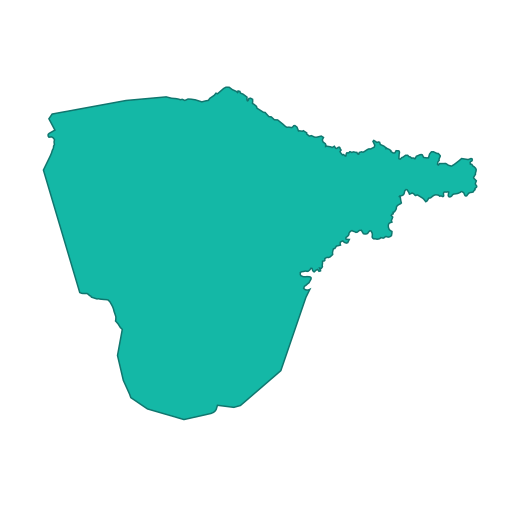 the district of San Lorenzo Texmelúcan, Oaxaca, Mexico, rotated 183°
{"feature_id": "50627088B55125244226498", "entity_name": "San Lorenzo Texmelúcan", "entity_type": "district", "adm_level": 2, "iso_a3": "MEX", "parent_name": "Mexico", "parent_adm1": "Oaxaca", "projection": "albers", "projection_center": [-97.233, 16.535], "detail": "fine", "context": "isolated", "style": "filled", "palette": "teal", "viewbox_px": 512, "rotation_deg": 183, "n_neighbors": 0, "source": "geoboundaries", "source_scale": "gbopen_adm2", "svg_char_len": 6048}
<svg xmlns="http://www.w3.org/2000/svg" viewBox="0 0 512 512"><g transform="rotate(183 256 256)"><path d="M45.4,358.9L46.7,358.9L47.1,360.6L46.6,361.5L45.5,362.1L45.0,363.2L45.4,364.4L46.4,364.6L49.2,363.4L55.8,364.1L58.3,361.7L61.3,359.1L63.1,357.6L64.5,356.7L64.8,356.4L65.8,355.9L66.7,356.3L67.9,356.5L69.2,357.0L70.2,357.7L71.4,358.3L77.6,357.9L78.1,356.9L78.7,356.4L79.5,356.9L79.5,358.0L79.3,359.5L78.1,361.1L78.3,362.3L77.7,364.1L77.3,364.9L77.3,365.8L79.1,367.7L79.6,368.0L80.4,367.8L84.3,369.4L86.3,369.2L88.0,366.9L88.9,363.1L90.6,362.9L93.8,363.2L95.2,365.7L96.4,366.0L98.1,365.5L99.1,364.9L101.1,364.0L102.2,361.5L102.6,361.4L103.0,361.6L103.3,362.0L104.5,362.1L105.6,361.8L106.3,362.4L107.1,363.0L108.4,363.2L109.8,364.5L111.9,364.4L114.5,362.3L115.4,362.0L117.1,360.2L118.4,360.7L118.4,365.5L118.1,366.5L118.3,367.7L118.9,368.5L121.6,368.5L122.6,366.4L123.7,366.0L124.7,366.2L126.9,367.5L126.8,368.3L128.4,369.3L130.8,370.3L131.8,370.0L131.8,371.0L132.6,371.3L133.3,372.0L134.9,372.8L137.1,373.6L137.8,374.1L138.5,376.0L139.7,376.3L140.3,376.0L141.6,375.8L142.5,376.6L143.2,376.9L144.4,377.6L145.2,376.6L143.2,372.9L143.6,370.9L147.1,368.9L148.0,368.9L149.1,368.8L150.4,368.1L153.4,365.9L154.6,365.2L155.2,365.3L155.8,365.6L158.3,364.8L158.7,363.1L159.3,363.0L160.3,364.0L160.8,364.8L161.4,364.6L164.0,365.1L165.2,364.7L165.7,364.4L167.5,365.1L167.9,365.0L168.6,364.0L169.3,363.8L170.7,363.8L171.3,362.6L171.4,361.1L171.6,360.5L172.1,360.5L173.9,361.9L175.0,361.5L176.9,363.5L177.6,364.7L176.6,366.2L177.1,367.0L177.7,367.6L177.8,368.4L178.3,369.0L179.4,368.9L180.6,367.9L181.6,367.6L182.2,367.9L183.5,369.7L185.7,368.3L187.0,368.9L191.3,369.4L192.2,369.0L192.2,369.8L192.0,370.4L192.6,371.7L195.0,373.4L195.6,374.6L195.7,375.9L194.8,377.9L197.1,379.2L201.6,377.8L203.5,377.7L207.0,379.1L209.0,378.5L211.8,380.5L211.8,381.6L215.3,383.6L216.2,383.0L219.3,383.3L220.1,383.1L221.1,385.2L221.8,386.8L224.0,388.3L225.1,388.1L225.9,387.0L227.0,386.1L229.9,386.4L232.0,386.1L233.9,387.3L235.8,388.9L241.5,393.0L244.8,393.0L248.0,395.7L250.5,395.9L254.4,399.8L256.1,399.9L262.7,403.6L263.4,405.5L265.7,407.2L267.5,408.2L267.4,410.4L267.6,412.3L269.7,413.3L271.3,412.9L272.0,410.8L272.7,410.5L273.2,411.4L273.3,414.2L277.3,416.9L280.1,417.9L280.7,419.5L282.5,419.9L282.7,418.4L283.0,418.2L284.0,419.2L288.5,421.0L291.6,423.1L294.8,423.0L297.1,421.6L302.9,416.0L304.5,416.5L306.1,414.3L310.4,411.0L311.7,408.9L314.3,408.3L318.2,407.1L324.8,408.8L329.0,409.2L332.1,409.2L335.2,407.6L337.8,408.6L339.8,408.1L341.4,408.6L344.4,409.0L348.5,409.1L354.0,410.2L393.9,404.5L467.0,387.1L470.0,382.2L463.4,371.2L468.9,367.7L469.9,366.6L469.9,365.0L469.0,363.8L467.7,364.0L466.5,364.3L464.6,363.3L463.3,361.6L463.6,359.7L463.5,358.4L463.1,356.9L463.9,355.1L463.9,353.8L464.2,352.4L464.8,351.2L465.2,349.8L465.5,348.4L466.7,345.1L472.8,330.7L430.1,210.3L428.4,209.7L427.2,209.5L422.7,209.7L421.3,208.8L420.2,207.8L418.9,207.3L418.2,206.3L412.6,204.8L410.9,205.1L409.5,204.8L405.4,204.6L403.3,204.6L401.5,204.4L399.5,202.6L397.5,199.5L396.5,197.8L395.5,195.5L394.9,193.4L392.9,188.4L392.7,187.3L392.7,184.6L392.9,183.8L390.1,180.9L388.7,178.9L387.6,177.3L386.5,176.5L385.7,175.6L389.1,149.4L382.0,124.9L375.0,111.4L373.6,108.0L356.4,97.6L319.4,88.9L292.7,96.4L290.3,97.6L289.8,98.0L288.5,99.3L287.7,100.8L286.7,104.9L270.2,103.7L263.7,105.9L225.2,142.8L204.0,217.3L200.5,225.5L201.4,225.0L203.1,224.6L204.3,224.8L205.0,224.9L206.7,226.1L206.4,227.3L205.9,228.4L204.3,229.6L203.1,230.9L201.7,232.0L200.9,233.7L199.9,235.7L199.8,237.0L200.5,237.8L201.9,238.1L204.1,238.1L205.6,237.8L207.8,237.8L210.2,238.7L210.8,239.8L210.9,241.8L209.6,242.7L208.2,242.9L205.6,243.6L204.1,243.3L203.0,243.6L201.7,244.8L200.4,246.7L199.4,246.5L198.6,244.4L197.7,243.4L197.0,243.2L195.3,245.0L193.8,245.8L192.3,244.0L190.8,244.5L190.8,245.3L191.3,245.9L191.9,247.3L190.2,247.0L189.4,248.2L189.1,248.8L189.4,249.9L189.2,252.0L189.3,254.2L187.4,254.8L187.0,255.4L187.2,257.0L186.1,257.8L184.8,258.4L183.7,258.2L181.9,259.0L179.5,261.5L179.8,263.4L179.5,265.5L179.0,267.3L177.7,267.6L176.2,270.1L172.2,271.3L172.6,272.7L172.6,273.4L172.5,274.2L171.4,275.0L170.1,275.6L168.5,274.2L166.4,273.6L165.1,274.1L163.7,277.4L166.8,277.4L167.2,278.2L167.1,279.3L166.1,280.0L165.2,280.9L164.4,282.1L164.4,283.4L163.7,284.7L162.9,285.6L161.5,286.4L160.3,285.8L158.9,285.5L157.4,284.8L156.0,285.2L154.2,286.9L152.1,287.2L150.9,285.3L149.9,283.9L148.7,283.7L147.5,283.7L146.2,284.1L145.5,284.7L144.8,285.9L143.7,287.1L142.5,287.0L141.3,285.2L140.9,283.3L141.0,281.0L140.3,279.9L139.4,279.3L137.5,279.4L136.0,279.1L134.1,279.5L133.1,280.0L132.3,280.9L130.7,280.6L129.4,280.6L128.5,281.5L127.2,282.3L125.8,281.9L124.5,281.8L123.1,282.4L121.8,283.4L121.5,285.8L121.5,287.6L122.5,288.1L123.5,288.7L124.4,289.5L125.3,291.6L125.5,293.4L125.3,294.7L124.5,295.9L122.0,297.0L122.7,298.3L121.5,302.0L123.1,303.6L122.2,304.9L121.2,305.3L121.4,306.8L120.1,307.3L119.2,308.7L118.4,310.4L118.3,312.4L117.4,313.8L115.8,315.0L114.3,315.8L113.6,316.6L114.2,318.4L115.0,322.3L116.0,322.8L115.6,323.5L113.6,323.9L112.1,324.8L111.4,325.9L110.8,329.0L109.7,330.2L108.6,330.1L106.8,327.5L106.0,325.8L104.7,326.3L103.5,327.1L102.2,326.6L101.2,325.9L100.3,324.9L99.7,324.7L98.9,325.2L97.9,325.4L92.8,322.6L91.7,321.8L89.3,319.1L88.3,319.7L87.8,320.4L87.2,321.4L86.7,322.7L84.7,323.2L82.3,325.3L81.3,326.0L79.9,326.5L78.3,326.5L76.8,326.2L75.6,325.3L74.6,325.7L73.5,325.5L72.9,325.1L72.0,325.3L71.7,326.0L72.1,328.0L72.0,328.8L71.7,329.4L71.0,329.8L69.0,329.8L68.0,330.1L66.9,329.9L67.2,326.8L67.1,326.1L66.5,325.3L65.7,325.1L64.7,325.4L63.7,326.2L62.9,327.5L61.7,328.2L58.2,328.9L57.0,329.4L55.3,330.3L54.6,331.0L53.8,331.1L52.6,330.5L51.7,329.8L50.8,327.8L50.2,327.1L49.6,326.9L48.8,327.1L46.9,329.8L45.4,330.6L43.7,330.9L42.5,331.3L41.7,332.8L40.7,333.7L41.0,334.5L40.4,335.4L39.4,336.2L39.2,337.3L39.9,338.1L40.7,339.4L40.7,340.1L39.9,342.6L42.6,345.1L42.8,346.0L41.1,349.1L41.2,350.4L40.8,351.8L40.6,353.6L41.2,355.0L42.8,356.5L44.0,357.1L45.4,358.9Z" fill="#14b8a6" stroke="#0f766e" stroke-width="1.5"/></g></svg>